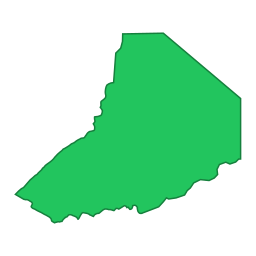 Nkue, Kié-Ntem, Equatorial Guinea
{"feature_id": "11065452B3926826010895", "entity_name": "Nkue", "entity_type": "district", "adm_level": 2, "iso_a3": "GNQ", "parent_name": "Equatorial Guinea", "parent_adm1": "Kié-Ntem", "projection": "orthographic", "projection_center": [10.46, 2.021], "detail": "fine", "context": "isolated", "style": "filled", "palette": "green", "viewbox_px": 256, "rotation_deg": 0, "n_neighbors": 0, "source": "geoboundaries", "source_scale": "gbopen_adm2", "svg_char_len": 4168}
<svg xmlns="http://www.w3.org/2000/svg" viewBox="0 0 256 256"><path d="M240.6,159.0L240.6,130.0L240.6,128.4L240.6,98.5L205.8,69.1L205.3,68.7L163.3,33.2L124.5,33.9L122.7,33.9L122.5,41.5L120.7,48.2L115.8,53.1L113.6,82.6L112.3,82.8L112.2,82.8L110.9,83.0L108.7,83.9L106.9,85.1L106.2,86.6L105.6,88.8L105.3,91.4L105.3,92.6L105.5,94.2L105.8,95.2L105.8,95.6L105.8,95.9L105.6,97.3L105.5,97.5L105.3,97.8L105.2,98.0L103.8,99.4L103.7,99.4L103.6,99.5L101.3,101.3L100.9,102.0L100.9,103.5L101.0,105.4L100.9,105.7L100.9,106.0L100.4,107.1L100.3,107.3L100.3,107.5L100.5,107.7L100.8,108.0L102.1,109.9L102.1,110.0L102.3,110.4L102.4,110.7L102.3,110.8L102.4,111.0L102.2,112.2L102.2,112.4L102.2,112.6L101.5,114.6L101.3,114.8L101.2,115.1L101.0,115.3L100.8,115.4L100.5,115.6L98.2,116.4L97.8,116.5L96.7,116.6L95.1,116.8L94.6,116.9L94.5,117.6L94.6,119.4L94.9,120.7L94.9,121.0L95.0,121.2L94.9,121.4L94.9,121.5L94.7,122.0L94.0,123.0L93.9,123.1L93.3,123.7L93.3,123.8L94.0,125.0L94.2,125.3L94.7,126.8L94.7,127.1L94.7,127.4L94.6,129.3L94.5,129.5L94.4,129.9L94.3,130.1L94.2,130.2L94.1,130.4L93.9,130.5L93.7,130.6L93.4,130.7L91.4,131.2L91.2,131.3L90.0,131.4L88.9,131.9L87.7,132.9L87.1,133.6L86.4,134.7L86.3,134.8L86.3,135.0L85.5,135.9L84.6,137.3L84.3,137.5L84.1,137.7L84.0,137.8L83.7,137.9L83.4,138.0L82.1,138.1L81.0,138.3L79.9,139.0L79.7,139.1L78.2,139.8L76.9,140.6L76.0,141.2L74.3,142.6L74.1,142.6L74.0,142.8L71.8,143.7L70.7,144.4L69.7,145.3L67.9,146.5L66.4,147.4L65.1,148.2L65.0,148.3L64.9,148.3L63.1,149.2L62.1,150.4L62.0,150.5L61.9,150.6L60.1,152.0L57.6,154.2L54.8,157.2L53.5,158.9L53.4,159.0L52.0,160.4L51.9,160.5L49.9,162.1L46.7,164.4L45.3,165.5L44.2,166.9L44.0,167.1L43.9,167.3L42.6,168.2L41.6,169.8L41.4,170.0L38.4,172.8L37.3,174.2L37.0,174.4L36.8,174.6L35.3,175.4L32.8,177.7L30.2,179.9L23.8,187.3L23.5,187.5L23.3,187.7L21.4,188.7L18.6,191.1L15.4,194.4L23.8,199.3L24.3,199.4L24.5,199.4L25.5,199.7L26.6,199.6L27.0,199.7L27.4,199.7L28.7,200.3L28.9,200.4L29.9,201.1L31.0,201.7L31.2,201.9L31.5,202.0L32.0,202.6L32.1,202.8L32.2,203.1L32.3,203.4L32.3,203.5L32.3,203.9L32.3,204.2L32.2,204.3L31.2,206.4L31.3,206.9L31.6,207.4L32.9,208.4L34.9,209.2L35.0,209.3L37.4,210.7L40.3,212.1L40.5,212.1L44.3,214.3L46.0,215.1L49.3,217.0L49.5,217.1L50.8,218.4L50.9,218.5L51.0,218.8L51.2,219.1L51.5,220.4L51.9,221.2L52.8,221.8L54.0,222.4L54.0,222.5L54.6,222.8L55.6,222.4L57.9,221.8L58.0,221.7L58.3,221.8L58.7,221.8L58.8,221.8L59.2,221.9L59.7,221.9L60.6,221.6L60.8,221.6L61.0,221.5L62.0,221.4L62.1,221.2L62.9,219.9L63.0,219.7L65.2,217.5L65.3,217.5L65.3,217.4L65.6,217.3L65.9,217.1L66.0,217.1L66.9,216.9L67.5,216.3L68.2,215.4L68.4,215.2L68.6,215.0L68.8,214.9L69.1,214.8L69.4,214.8L70.8,214.7L71.1,214.8L71.5,214.9L72.9,215.6L74.9,216.3L75.0,216.4L76.4,217.1L76.7,217.4L77.0,217.6L77.7,218.8L78.0,219.2L78.3,219.1L79.1,218.0L80.2,215.8L81.3,214.0L81.4,213.9L81.9,213.2L82.3,213.0L82.6,212.7L83.0,212.7L83.4,212.7L86.1,213.2L87.9,213.6L88.0,213.7L88.2,213.8L89.2,214.3L89.5,214.6L89.7,214.8L89.8,214.9L90.7,215.2L90.9,215.3L91.0,215.3L91.8,215.7L92.4,216.1L93.3,216.3L93.5,216.4L93.7,216.0L93.8,215.8L93.9,215.6L94.7,214.7L94.9,214.6L95.1,214.4L96.5,213.7L96.8,213.6L97.1,213.5L98.9,213.3L99.7,212.7L102.8,210.1L103.0,210.0L103.1,209.9L104.4,209.2L104.5,209.2L104.8,209.1L105.2,209.0L105.3,209.0L107.0,209.1L107.4,209.2L108.8,209.6L110.4,209.6L110.6,209.7L110.9,209.7L112.2,210.1L112.3,210.1L113.3,210.5L114.1,210.5L114.6,210.0L115.0,209.5L115.1,209.4L115.6,208.9L115.9,208.7L116.3,208.5L116.3,208.4L116.7,208.4L117.1,208.4L118.1,208.7L118.5,208.9L118.8,209.1L123.8,206.0L124.5,205.7L126.0,206.2L126.9,207.6L127.7,207.3L128.1,207.2L128.7,207.9L129.3,208.7L129.8,209.3L130.6,209.3L131.6,208.8L132.1,208.1L132.6,206.7L132.7,205.6L133.0,205.6L134.2,205.3L134.9,205.2L136.4,206.0L137.4,207.6L137.3,208.7L137.9,211.2L138.5,212.2L139.4,213.1L140.3,213.4L141.1,213.4L141.9,213.3L142.7,212.9L144.6,212.2L158.7,206.8L163.4,201.7L166.4,197.9L168.7,199.0L176.1,197.9L182.6,195.7L182.8,195.6L184.6,195.0L187.2,190.6L190.3,188.0L193.7,182.9L200.4,179.6L209.1,180.5L214.3,178.0L217.6,174.5L217.0,169.4L219.4,164.5L225.8,162.2L229.9,164.0L235.7,162.0L238.6,159.1L240.6,159.0Z" fill="#22c55e" stroke="#15803d" stroke-width="1.5"/></svg>